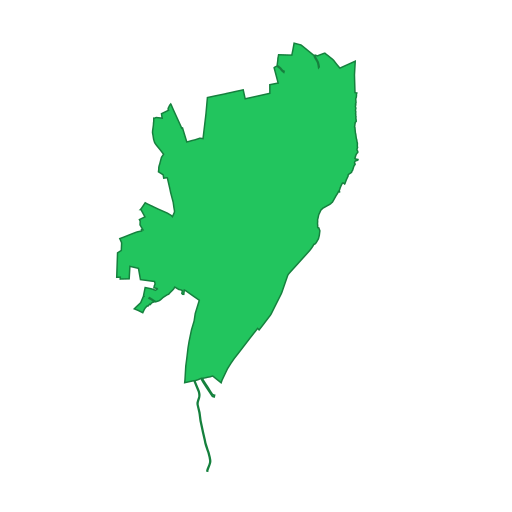 Ikšķile, Ikskiles, Latvia (Mercator projection), rotated 257°
{"feature_id": "27541924B16568384003346", "entity_name": "Ikšķile", "entity_type": "district", "adm_level": 2, "iso_a3": "LVA", "parent_name": "Latvia", "parent_adm1": "Ikskiles", "projection": "mercator", "projection_center": [24.5, 56.833], "detail": "fine", "context": "isolated", "style": "filled", "palette": "green", "viewbox_px": 512, "rotation_deg": 257, "n_neighbors": 0, "source": "geoboundaries", "source_scale": "gbopen_adm2", "svg_char_len": 6089}
<svg xmlns="http://www.w3.org/2000/svg" viewBox="0 0 512 512"><g transform="rotate(257 256 256)"><path d="M57.5,159.8L57.2,160.5L57.9,160.7L58.8,161.3L62.7,163.9L64.4,164.9L65.2,165.3L66.0,165.6L67.0,165.8L68.1,165.9L70.4,166.0L75.3,165.9L77.5,165.6L83.9,165.1L85.0,165.0L88.5,165.1L92.4,165.1L96.4,165.1L101.0,165.2L107.8,165.3L116.1,166.1L124.3,166.0L124.8,166.2L125.9,166.4L127.3,167.1L130.0,168.7L131.4,169.4L133.2,170.0L134.9,170.2L136.9,170.2L138.9,169.9L148.2,168.3L148.4,170.3L148.5,171.6L148.6,172.4L148.9,173.6L149.0,174.3L149.1,175.0L149.1,175.3L148.3,175.0L147.5,175.2L145.1,175.9L139.5,177.9L129.2,181.8L128.8,182.1L128.4,183.2L128.2,183.2L128.0,183.6L129.7,184.4L129.9,183.9L130.9,182.5L134.9,181.0L138.6,179.8L142.3,178.4L147.0,176.7L148.6,176.4L148.8,176.6L148.7,180.7L148.8,180.9L148.7,182.7L148.6,183.8L148.6,184.7L148.7,184.9L148.8,186.8L140.3,193.5L142.7,195.0L152.5,202.8L157.1,207.4L161.1,211.8L165.1,216.8L177.7,232.1L185.1,241.3L183.3,242.4L186.2,246.0L191.7,252.6L195.0,256.6L196.2,257.8L201.8,262.4L213.5,272.1L214.6,272.9L215.7,273.6L223.7,278.6L229.9,282.5L230.7,283.2L231.6,284.3L232.8,286.0L249.2,309.5L251.1,311.8L252.6,313.4L254.3,315.0L254.5,315.3L254.3,315.8L254.4,316.1L255.3,317.5L258.7,320.7L261.8,322.3L266.2,323.9L269.3,323.5L269.7,322.6L270.4,322.6L271.9,323.0L273.7,323.2L274.3,323.4L276.0,323.9L277.3,324.1L277.6,324.2L278.9,324.9L280.8,325.8L281.9,326.3L282.5,326.7L283.1,327.2L284.5,328.3L285.3,328.9L285.9,329.4L286.3,329.8L286.5,330.1L286.7,330.6L287.5,331.8L290.0,340.3L290.9,341.7L291.1,342.3L291.5,342.8L297.1,347.9L297.8,348.7L298.2,349.0L298.5,349.4L300.2,350.8L299.6,351.5L299.7,351.9L300.8,351.7L302.0,352.5L303.7,353.5L305.6,354.9L307.6,356.6L307.6,357.0L307.4,357.6L306.6,358.3L306.2,358.6L306.5,358.9L310.0,361.2L311.4,362.3L313.0,363.6L314.4,364.1L314.9,365.0L315.4,366.4L316.0,367.9L317.0,368.5L317.8,369.4L320.9,371.2L322.4,372.3L322.7,373.0L323.3,373.3L324.0,372.9L325.1,373.1L326.0,373.8L326.3,374.5L326.3,375.6L326.4,376.2L326.7,377.0L327.1,377.1L327.5,376.2L328.1,374.9L328.9,374.3L330.2,375.1L331.5,375.8L332.8,376.8L333.7,377.9L333.9,378.4L335.1,378.7L335.7,378.5L336.4,378.3L336.7,378.2L337.9,378.7L338.9,379.4L340.2,379.4L343.2,380.2L344.4,380.1L346.5,380.3L348.2,380.2L352.2,380.6L352.4,380.6L352.9,380.6L353.5,380.5L353.9,380.6L354.7,380.7L355.5,380.8L359.0,381.3L359.6,381.0L360.4,381.5L361.6,381.8L362.3,382.1L362.5,382.3L363.5,382.5L363.9,382.9L364.7,384.0L365.7,384.1L367.1,384.3L367.9,384.2L369.1,384.8L369.9,384.7L371.1,384.9L371.9,385.2L372.3,385.0L374.0,385.7L375.2,385.6L376.7,386.1L377.6,386.6L379.3,386.4L380.9,387.3L381.2,387.1L381.8,387.1L382.7,387.9L386.7,388.5L388.3,389.5L389.8,390.0L390.9,390.2L392.1,390.9L392.9,389.2L393.0,389.2L410.4,392.7L423.5,396.5L420.2,380.0L421.0,379.6L424.3,377.9L426.4,376.9L429.1,375.7L430.2,375.0L431.3,374.2L432.6,373.1L434.3,371.8L435.7,370.7L436.1,370.3L437.1,369.5L438.0,368.9L438.1,368.7L438.2,368.4L438.0,366.7L437.6,363.5L437.2,361.0L437.2,360.8L437.4,360.5L438.1,359.4L438.4,358.9L438.4,358.4L438.1,358.4L436.3,358.7L431.8,360.0L431.2,360.2L430.2,360.3L427.6,360.3L426.0,360.2L425.3,359.3L427.7,359.5L430.1,359.5L431.0,359.4L431.5,359.3L436.1,357.9L438.0,357.6L438.5,357.6L438.6,357.4L440.9,355.6L444.1,353.1L449.8,348.7L451.5,347.3L452.8,344.8L454.8,341.0L448.5,338.3L443.7,336.1L444.5,332.8L447.0,323.3L446.6,323.1L445.5,322.7L443.9,321.9L443.2,321.7L441.3,321.1L437.1,319.5L434.4,321.7L433.7,322.2L433.0,322.6L431.7,323.2L430.9,323.7L429.7,325.0L428.6,324.4L430.4,323.0L431.3,322.5L432.6,321.9L433.3,321.6L434.0,321.0L436.3,319.1L436.0,317.6L435.7,316.6L435.4,316.0L419.5,316.5L419.6,315.0L419.8,308.0L411.4,306.1L411.5,290.7L411.6,280.8L420.8,280.9L420.8,277.8L420.9,272.9L420.9,269.0L421.0,263.5L420.9,263.4L421.2,251.9L421.3,244.3L405.7,239.2L382.3,230.8L383.4,227.8L383.1,224.7L383.0,223.7L382.9,222.6L382.9,219.4L382.7,215.8L382.7,214.2L397.3,213.2L397.2,212.4L416.8,208.4L422.3,207.4L423.3,207.1L422.4,205.9L419.6,203.6L418.7,203.4L417.7,203.6L415.9,195.9L411.4,195.6L413.4,189.9L413.1,188.0L413.3,187.4L411.6,187.0L410.0,186.6L408.8,186.1L406.7,185.5L403.0,184.1L401.2,183.4L399.4,182.9L396.9,182.8L392.9,182.5L389.9,182.7L389.2,182.8L388.0,183.2L385.9,184.1L381.1,186.5L376.9,188.4L376.0,188.9L373.4,186.1L371.0,184.8L367.1,182.8L366.4,182.3L364.4,181.3L361.9,180.6L360.0,179.9L356.0,183.8L352.6,183.6L352.3,186.9L352.1,187.1L351.9,187.2L347.1,187.2L340.9,187.2L337.0,187.1L327.0,187.4L322.6,187.0L317.9,186.7L316.6,186.1L313.1,183.4L314.6,182.5L317.7,179.3L323.6,171.4L331.3,161.7L332.8,160.0L332.2,159.4L328.3,155.2L327.9,154.6L327.3,154.1L327.2,153.9L327.1,154.2L326.6,154.5L319.1,156.6L317.7,150.6L316.0,151.0L312.4,150.0L307.0,151.7L307.4,150.3L306.0,150.1L306.2,148.0L306.2,145.8L306.1,144.5L305.5,140.2L304.1,131.1L303.6,127.2L299.5,128.0L298.5,127.9L291.7,126.0L290.2,121.8L266.6,115.5L265.9,119.0L264.1,118.5L262.3,127.3L274.3,130.8L270.4,138.7L259.0,138.1L254.0,151.4L251.4,151.4L249.8,150.2L248.0,149.4L246.6,152.3L246.1,152.5L245.2,150.3L247.2,147.3L248.1,145.5L250.2,140.9L242.7,137.5L241.9,137.7L242.0,137.2L236.4,133.1L233.3,127.8L231.9,125.5L229.5,128.9L226.2,132.9L228.9,135.0L230.2,136.3L231.9,138.8L231.5,139.4L233.0,141.6L232.5,142.1L233.6,143.5L233.8,144.0L234.1,145.0L234.2,146.8L236.9,144.2L238.9,142.2L239.4,142.8L238.6,143.7L236.0,146.2L234.7,147.5L233.9,147.9L234.2,151.4L234.8,153.1L236.5,156.1L238.2,160.8L238.4,162.3L239.7,164.1L241.3,166.7L242.3,168.2L244.0,169.9L240.7,173.3L240.1,174.8L238.9,176.5L236.2,175.3L235.2,175.9L234.9,177.0L239.0,178.5L237.7,180.0L230.6,186.3L228.2,188.5L225.6,190.8L213.7,183.9L206.6,181.1L198.5,176.5L187.6,171.5L182.0,169.2L179.5,168.3L171.7,165.5L164.5,162.8L151.2,158.9L148.6,158.0L148.5,167.5L139.6,168.9L136.8,169.4L135.0,169.4L133.4,169.2L131.7,168.8L127.9,166.5L126.1,165.6L124.5,165.3L122.8,165.3L116.9,165.3L114.9,165.2L107.9,164.5L101.0,164.4L96.5,164.3L92.4,164.3L88.3,164.3L85.0,164.2L82.7,164.3L77.6,164.8L75.3,165.1L70.3,165.2L69.1,165.1L67.1,165.0L65.6,164.6L64.7,164.2L63.1,163.3L59.3,160.6L58.2,160.0L57.5,159.8Z" fill="#22c55e" stroke="#15803d" stroke-width="1.5"/></g></svg>